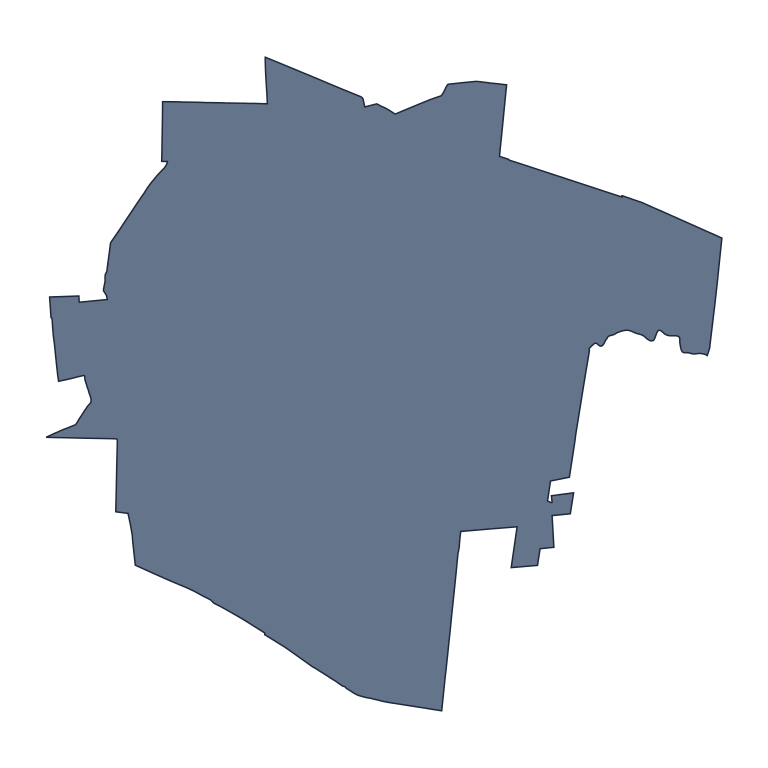 outline of Tataranu, Vrancea, Romania
{"feature_id": "2599482B94040911807777", "entity_name": "Tataranu", "entity_type": "district", "adm_level": 2, "iso_a3": "ROU", "parent_name": "Romania", "parent_adm1": "Vrancea", "projection": "orthographic", "projection_center": [27.309, 45.527], "detail": "fine", "context": "isolated", "style": "filled", "palette": "slate", "viewbox_px": 768, "rotation_deg": 0, "n_neighbors": 0, "source": "geoboundaries", "source_scale": "gbopen_adm2", "svg_char_len": 5934}
<svg xmlns="http://www.w3.org/2000/svg" viewBox="0 0 768 768"><path d="M443.5,693.4L445.2,676.9L446.0,670.1L447.6,655.1L448.3,648.3L450.5,627.4L451.6,616.0L453.3,600.1L456.1,572.8L457.4,559.3L458.1,552.5L458.5,551.4L458.9,548.5L459.3,547.0L459.3,545.8L459.5,543.0L460.1,536.8L460.7,531.5L462.6,531.3L492.0,528.8L517.1,526.8L511.2,567.6L537.5,565.4L540.1,548.7L553.9,547.3L552.1,515.6L570.3,513.8L573.6,492.8L551.4,495.7L552.1,502.4L550.7,502.5L547.5,500.9L548.1,497.2L550.4,481.6L550.5,481.0L569.4,477.2L574.8,441.9L575.8,434.0L578.6,416.8L583.1,388.8L585.2,375.9L589.1,352.7L589.4,350.9L589.1,348.7L591.5,346.0L592.9,344.9L593.9,343.9L595.1,343.3L596.2,343.3L596.8,343.5L597.4,344.0L597.9,344.6L598.6,345.1L599.4,345.6L600.2,346.1L601.1,346.1L601.7,346.0L602.7,345.3L603.3,344.6L603.9,343.7L604.7,342.2L605.1,341.2L606.2,339.4L607.0,338.5L607.7,337.1L608.3,336.4L609.4,335.9L610.9,335.4L613.0,334.9L614.3,334.4L616.0,333.4L616.7,332.9L618.0,332.4L620.6,331.4L623.2,330.7L625.6,330.3L627.0,330.2L628.1,330.3L629.2,330.6L630.2,330.8L631.6,331.3L634.9,332.8L637.2,333.6L639.0,334.1L640.9,334.6L642.2,335.1L643.3,335.7L644.5,336.5L646.2,338.1L647.2,339.0L648.2,339.6L649.4,340.3L650.1,340.7L651.3,340.9L652.7,340.7L653.5,340.4L654.4,339.1L655.2,337.1L656.0,335.0L656.9,332.5L657.9,330.9L658.6,330.4L659.7,330.2L660.4,330.5L661.2,330.9L661.9,331.5L663.5,332.9L664.5,333.9L665.0,334.2L666.2,334.8L667.3,335.2L669.1,335.7L670.7,335.8L671.6,335.8L672.5,335.8L673.5,335.8L674.4,335.8L675.0,335.7L676.4,335.8L677.5,336.1L678.3,336.4L678.8,336.7L679.2,337.2L679.6,337.9L679.7,338.5L679.9,343.2L680.2,345.1L680.6,347.3L681.4,350.3L681.8,351.0L682.2,351.6L682.7,352.1L683.4,352.5L683.9,352.6L684.5,352.7L685.7,352.7L687.5,352.7L689.1,352.9L690.1,353.2L691.3,353.6L692.2,353.8L693.3,353.9L694.1,353.9L695.8,353.9L696.8,353.7L698.4,353.5L699.5,353.4L700.5,353.5L701.9,353.7L703.6,354.0L704.6,354.2L705.2,354.5L706.0,354.8L706.5,355.1L707.1,355.6L707.6,354.5L709.8,347.7L709.8,346.5L712.6,323.1L715.0,303.1L717.3,282.3L717.9,276.6L719.8,258.0L721.9,238.1L716.9,235.8L705.8,230.9L669.7,214.8L666.1,213.2L665.7,213.0L654.9,208.3L652.6,207.3L642.6,202.8L622.7,195.9L621.8,195.8L621.8,197.0L601.1,190.2L580.4,183.4L520.3,163.7L509.4,160.2L508.6,159.3L499.5,156.4L500.9,142.1L501.1,140.2L502.0,131.5L506.0,90.6L506.4,87.3L506.6,84.8L503.7,84.5L497.2,83.7L490.9,83.1L487.3,82.6L481.3,81.9L480.2,81.7L476.6,81.4L475.1,81.4L473.7,81.6L467.4,82.2L461.4,82.8L451.2,83.9L448.5,84.2L447.8,84.5L447.2,85.3L446.3,86.7L445.6,88.1L445.1,89.2L443.6,92.2L441.9,95.0L441.1,95.7L440.4,96.1L438.7,96.6L430.4,99.5L419.6,103.9L414.3,106.1L406.1,109.5L395.6,113.9L395.2,113.9L394.8,113.9L389.0,110.1L384.6,107.6L381.3,106.3L380.2,105.7L377.3,104.1L376.6,103.9L367.6,106.2L364.8,106.9L363.6,101.5L363.2,99.6L362.8,98.4L362.1,97.6L361.4,97.1L360.8,96.7L342.8,89.4L330.1,84.1L317.3,78.7L300.4,71.7L268.9,58.7L265.3,57.2L265.2,59.8L265.5,70.2L265.8,76.5L266.3,85.0L266.8,92.2L267.0,96.4L267.2,100.9L267.3,103.2L267.4,103.7L262.8,103.7L257.2,103.5L253.4,103.4L247.5,103.4L246.0,103.3L243.6,103.2L240.3,103.2L233.5,103.1L228.4,103.0L226.6,103.0L225.7,103.0L225.4,103.0L224.5,102.9L217.0,102.7L214.0,102.7L210.1,102.6L205.6,102.6L204.6,102.5L198.7,102.3L186.9,102.1L184.2,102.1L183.4,102.1L180.9,101.9L169.5,101.7L162.6,101.7L162.4,122.2L162.1,138.7L161.9,153.5L161.7,159.9L161.7,161.4L161.9,161.4L166.1,161.5L167.4,161.5L167.4,161.8L167.1,162.9L166.9,163.8L165.1,166.9L164.1,168.3L163.6,168.7L160.4,172.0L157.3,175.3L154.6,178.6L153.5,180.0L151.4,182.4L148.8,185.9L147.4,187.8L146.4,189.5L145.2,191.3L144.3,192.9L142.9,194.8L139.8,199.3L136.8,203.7L131.7,211.4L126.6,219.0L124.2,222.6L120.4,228.4L118.2,231.7L113.3,238.8L111.2,241.8L110.5,243.2L109.6,250.2L108.8,256.4L107.3,267.4L107.0,270.6L106.4,272.4L105.9,273.2L105.3,274.5L105.1,275.7L105.1,276.8L105.0,278.1L105.1,279.3L105.1,280.2L105.0,281.7L104.8,282.7L104.5,284.0L104.3,285.4L104.0,286.6L103.8,287.8L103.6,288.8L103.5,289.4L103.5,290.2L103.5,290.8L103.9,291.5L105.0,293.1L105.7,294.2L106.3,295.2L106.7,296.8L107.1,298.3L107.3,299.5L82.8,301.9L79.4,302.2L79.1,300.7L78.9,296.0L49.6,297.0L51.0,317.4L52.1,319.1L52.6,327.0L53.4,336.5L54.4,343.7L55.4,353.8L56.6,365.4L57.7,375.2L58.6,381.3L67.4,379.4L70.5,378.7L78.4,376.7L83.5,375.5L84.0,375.6L84.6,376.0L84.8,377.7L84.9,378.7L84.9,379.3L84.9,379.7L85.1,380.1L85.2,380.7L85.5,381.7L86.4,384.2L87.5,388.1L87.9,388.9L88.5,390.7L88.8,392.0L89.4,393.9L90.0,395.4L90.3,396.4L90.6,397.4L90.9,398.5L91.0,399.4L91.0,400.2L91.0,400.9L90.9,402.1L90.5,403.0L89.1,404.5L87.3,406.5L86.7,407.6L85.0,410.0L84.1,411.4L83.1,412.9L80.9,416.4L79.9,417.8L78.7,419.7L78.1,421.0L77.2,422.3L76.7,423.1L75.7,424.5L75.1,425.0L73.7,425.4L71.8,426.2L67.2,428.1L64.5,429.1L63.4,429.5L62.0,430.1L60.1,430.9L57.1,432.3L54.9,433.2L46.1,437.3L57.6,437.6L64.0,437.7L84.9,438.2L90.2,438.3L112.3,438.7L116.4,438.9L116.8,439.1L117.0,439.3L117.2,439.7L117.3,440.1L117.3,441.2L117.3,442.9L116.7,467.9L116.2,493.1L115.8,509.5L115.8,511.8L128.1,513.4L128.1,514.1L128.3,514.7L130.4,524.6L132.3,535.4L132.7,541.4L135.3,565.2L154.5,573.9L170.8,581.1L171.2,581.3L189.2,588.8L189.6,589.1L193.5,590.9L196.1,592.3L199.8,594.3L203.0,596.1L206.3,597.7L210.6,599.9L211.2,600.5L213.9,603.2L216.3,604.4L219.3,605.9L224.7,608.8L238.0,616.4L244.9,620.5L254.9,626.8L264.8,633.0L264.7,634.7L276.7,642.1L282.1,645.5L283.6,646.3L291.5,651.8L297.8,656.3L312.5,666.8L313.7,667.4L315.8,668.6L318.4,670.3L320.3,671.5L322.3,672.7L323.9,673.7L325.2,674.6L327.3,675.9L331.4,678.6L333.5,679.9L335.5,681.1L337.3,682.4L338.8,683.5L340.0,684.3L341.3,685.2L342.3,685.9L342.9,686.2L343.7,686.4L344.5,686.6L344.9,686.8L345.4,687.2L345.7,687.7L346.2,688.2L346.8,688.7L347.9,689.3L349.4,690.3L350.6,691.0L352.9,692.5L353.7,693.1L356.1,694.3L357.8,695.2L358.3,695.4L361.8,696.4L366.3,697.6L367.0,697.7L368.6,698.0L370.6,698.3L383.2,701.4L388.2,702.4L417.7,707.0L441.7,710.8L443.5,693.4Z" fill="#64748b" stroke="#1e293b" stroke-width="1.5"/></svg>